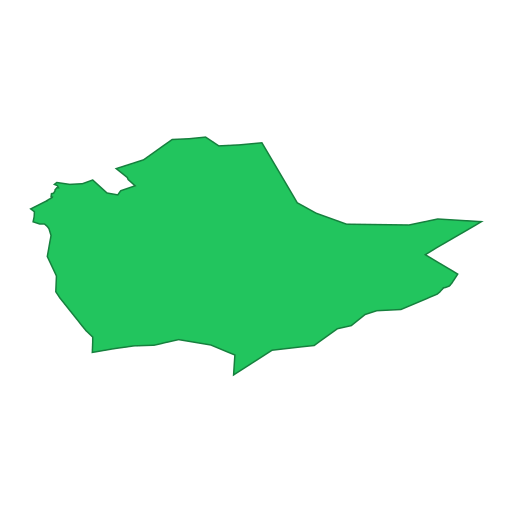 Skjåk nor, Oppland, Norway (Natural Earth projection)
{"feature_id": "86288312B35215540023018", "entity_name": "Skjåk nor", "entity_type": "district", "adm_level": 2, "iso_a3": "NOR", "parent_name": "Norway", "parent_adm1": "Oppland", "projection": "natural_earth1", "projection_center": [7.74, 61.934], "detail": "fine", "context": "isolated", "style": "filled", "palette": "green", "viewbox_px": 512, "rotation_deg": 0, "n_neighbors": 0, "source": "geoboundaries", "source_scale": "gbopen_adm2", "svg_char_len": 3398}
<svg xmlns="http://www.w3.org/2000/svg" viewBox="0 0 512 512"><path d="M56.8,182.5L54.4,184.4L57.3,185.6L57.7,186.2L58.2,187.2L58.5,187.8L58.0,187.8L56.9,187.7L56.7,187.9L56.2,188.5L55.7,189.1L55.3,189.5L55.1,189.7L55.1,190.1L55.0,190.5L55.0,191.0L54.7,191.4L54.4,191.9L53.6,193.2L53.3,193.2L53.0,193.4L52.5,193.5L51.9,193.5L51.6,193.7L51.3,194.0L51.3,194.3L51.4,194.6L51.4,194.9L51.4,195.1L51.4,195.3L51.4,195.6L51.2,195.9L51.0,196.1L51.1,196.5L51.5,196.7L51.9,196.8L52.4,197.0L52.2,197.4L51.9,197.6L51.5,197.9L51.3,198.1L50.9,198.1L50.5,198.4L50.1,198.7L50.0,198.9L49.9,199.0L49.4,199.1L49.2,199.2L49.0,199.3L48.9,199.4L48.7,199.5L48.3,199.7L48.0,199.9L47.8,200.1L47.5,200.3L47.0,200.5L46.7,200.7L46.8,201.0L46.5,201.1L46.3,201.1L45.8,201.3L45.6,201.4L30.7,208.9L34.4,211.7L34.3,214.2L34.2,215.8L34.1,217.0L33.1,221.8L39.7,224.0L44.5,224.0L46.9,226.1L47.8,227.1L49.0,228.8L51.0,235.4L51.0,235.6L50.6,238.1L50.0,241.3L49.9,241.8L48.6,249.2L47.3,256.5L54.6,272.0L56.4,275.9L56.4,277.1L55.8,291.7L56.6,293.0L57.2,293.8L57.8,294.8L58.4,295.6L59.0,296.6L59.6,297.5L59.9,298.0L60.9,299.2L61.7,300.2L62.4,301.1L62.9,301.7L63.9,302.9L64.5,303.8L65.2,304.6L66.1,305.7L66.8,306.6L67.6,307.6L68.7,309.0L69.4,309.9L70.1,310.8L70.8,311.6L71.5,312.5L72.2,313.4L73.0,314.4L73.7,315.2L74.4,316.2L75.1,317.0L75.6,317.7L75.7,317.8L75.8,317.8L76.4,318.7L77.3,319.7L78.7,321.5L79.9,323.1L80.7,324.1L81.5,325.1L82.1,325.9L82.9,326.8L84.3,328.6L84.7,329.0L85.1,329.5L85.7,330.3L86.0,330.7L86.6,331.2L88.2,332.7L89.2,333.7L90.8,335.2L91.8,336.2L92.7,337.0L92.7,337.9L92.7,338.2L92.7,339.9L92.7,340.9L92.7,342.0L92.7,342.7L92.6,344.0L92.6,345.2L92.5,347.1L92.5,348.0L92.4,349.5L92.4,350.5L92.4,351.0L92.3,352.4L93.4,352.2L95.4,351.9L98.2,351.4L101.1,350.9L103.2,350.5L105.9,350.1L107.4,349.8L110.4,349.3L111.9,349.0L113.4,348.8L115.2,348.5L119.4,347.9L122.5,347.5L123.7,347.3L125.6,347.1L127.0,346.9L128.5,346.6L130.4,346.4L132.9,346.0L134.0,345.9L134.8,345.8L136.3,345.8L139.6,345.7L141.8,345.6L145.0,345.5L151.1,345.3L154.1,345.2L159.1,344.1L162.1,343.4L162.7,343.2L166.0,342.4L167.7,342.1L168.2,342.0L168.5,341.9L172.8,340.9L178.6,339.6L193.0,342.0L206.1,344.2L210.9,345.0L211.3,345.2L212.3,345.6L217.8,347.9L227.1,351.8L234.2,354.7L234.9,355.0L234.3,363.9L233.6,374.9L272.1,350.2L301.7,346.8L314.2,345.5L318.9,342.0L337.3,328.8L337.5,328.7L351.3,325.6L365.1,314.5L376.8,310.7L400.9,309.5L427.0,298.5L428.9,297.6L431.0,296.7L433.7,295.6L435.4,294.9L436.5,294.4L437.1,294.2L439.9,291.9L440.1,291.6L440.6,291.0L441.8,289.7L442.0,289.5L442.2,289.3L442.3,289.3L442.4,289.2L442.6,288.9L443.1,288.3L443.3,288.2L443.3,287.9L443.6,287.7L444.8,287.7L445.6,287.4L446.5,287.1L449.2,286.1L449.5,285.8L450.1,285.3L450.2,285.2L450.4,284.7L450.6,284.5L450.8,284.3L451.2,283.9L451.4,283.6L451.6,283.5L451.7,283.3L452.7,281.8L453.1,281.1L453.4,280.7L453.9,280.0L457.4,274.6L457.7,274.1L454.1,271.9L436.9,261.7L425.3,254.7L436.8,247.6L474.8,225.6L481.3,221.7L437.7,219.0L409.0,225.0L346.6,224.2L316.1,213.2L298.0,203.2L297.3,202.9L293.4,196.2L261.9,142.8L239.3,144.9L232.8,145.2L231.4,145.3L230.1,145.4L228.7,145.4L227.2,145.5L218.8,145.9L205.6,137.1L192.5,138.4L189.6,138.7L181.3,139.1L172.2,139.5L166.1,143.8L163.1,145.9L143.6,159.8L116.2,168.6L127.3,177.5L128.1,179.5L135.1,185.8L120.8,190.7L119.5,192.4L117.8,194.9L107.0,193.0L92.7,180.0L82.5,183.7L69.8,184.4L56.8,182.5Z" fill="#22c55e" stroke="#15803d" stroke-width="1.5"/></svg>